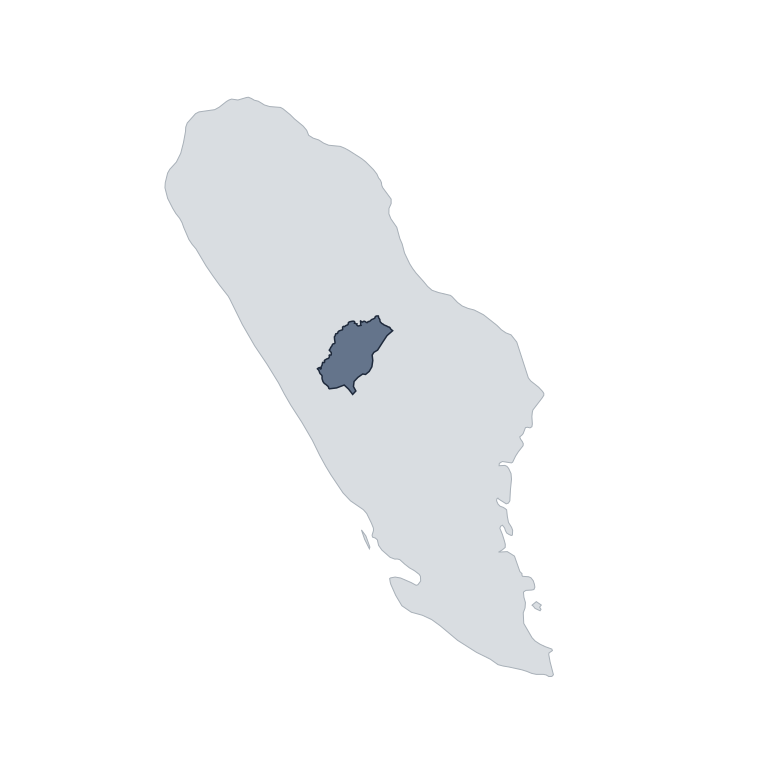 Vakinankaratra on a map of Madagascar (Robinson projection), rotated 133°
{"feature_id": "MDG-5881", "entity_name": "Vakinankaratra", "entity_type": "Autonomous Province", "adm_level": 1, "iso_a3": "MDG", "parent_name": "Madagascar", "parent_adm1": "", "projection": "robinson", "projection_center": [46.868, -19.718], "detail": "fine", "context": "in_parent", "style": "filled", "palette": "slate", "viewbox_px": 768, "rotation_deg": 133, "n_neighbors": 0, "source": "natural_earth", "source_scale": "10m", "svg_char_len": 6397}
<svg xmlns="http://www.w3.org/2000/svg" viewBox="0 0 768 768"><g transform="rotate(133 384 384)"><path d="M494.9,78.6L496.8,83.6L499.1,88.4L506.0,100.0L509.0,104.5L511.5,109.2L512.8,118.7L517.2,133.4L521.3,155.4L522.5,178.1L523.8,188.5L527.0,198.3L532.3,208.4L534.0,219.7L530.6,231.3L525.9,242.3L524.6,244.4L522.4,247.2L521.4,247.0L517.6,244.2L514.6,239.6L510.7,228.7L509.3,223.2L507.7,222.3L503.1,222.8L499.8,226.2L499.2,228.4L499.8,234.5L501.1,240.0L501.6,245.7L501.7,252.7L502.9,254.9L504.7,256.7L506.6,261.3L506.9,272.3L505.7,277.9L502.5,282.6L502.6,285.3L503.8,288.0L502.7,289.6L498.4,291.7L496.6,293.5L494.3,298.4L490.5,308.3L490.0,313.4L492.3,328.8L491.6,339.7L486.7,360.7L483.9,370.6L480.0,382.4L474.0,398.1L468.1,417.7L463.0,437.9L459.3,450.0L455.1,462.0L449.3,483.1L444.3,504.6L437.1,528.2L427.1,554.5L426.0,557.9L423.9,571.4L421.6,583.0L419.0,594.6L413.4,613.7L412.7,619.6L411.4,625.2L406.1,637.2L403.8,641.6L402.2,646.4L401.3,652.4L399.7,658.1L395.8,668.8L389.9,678.0L385.9,681.3L377.3,686.1L373.0,687.1L363.3,687.2L353.9,690.0L344.2,695.3L334.8,701.3L331.3,704.2L327.3,705.9L314.9,706.2L311.2,704.9L298.8,694.9L293.9,693.3L284.8,691.9L282.1,691.1L279.6,689.8L275.9,684.5L268.5,680.1L266.8,678.8L265.6,675.7L264.9,672.4L262.9,668.8L261.5,661.8L259.1,656.9L252.3,648.3L251.6,645.5L251.0,636.4L251.2,630.2L250.5,618.9L251.2,613.5L253.5,608.7L252.5,603.5L250.0,598.1L249.0,592.4L247.1,587.3L240.0,578.0L238.3,573.4L237.1,568.7L234.4,554.0L234.0,548.9L234.4,538.0L235.3,532.4L237.0,528.5L237.4,525.6L238.5,523.2L240.2,521.2L241.3,518.8L243.9,504.9L247.2,501.8L252.2,500.1L256.2,496.5L258.5,491.6L260.7,481.5L266.9,471.5L269.2,466.2L274.2,458.3L278.6,447.1L280.0,441.8L281.0,436.4L282.1,424.6L282.9,418.7L282.7,412.8L280.1,406.8L273.9,395.9L273.7,393.9L274.2,385.8L273.6,380.0L271.4,374.1L268.4,368.6L265.5,358.4L264.1,341.4L264.3,335.3L263.5,329.8L261.4,324.6L262.8,315.5L281.1,282.6L281.7,278.7L280.9,268.7L281.3,262.9L281.9,260.7L283.3,259.4L286.5,258.8L301.4,257.4L303.3,256.4L307.0,253.6L312.1,248.2L314.4,246.7L316.5,247.3L317.8,249.6L319.4,250.8L325.4,248.4L327.7,248.3L330.1,248.7L331.2,246.5L331.8,243.5L332.7,241.4L334.3,240.2L342.1,239.5L347.0,238.6L353.4,236.6L354.8,237.0L359.9,244.5L361.5,245.1L363.5,245.5L365.3,244.1L361.1,240.1L360.4,237.9L360.7,235.4L362.9,230.0L366.7,225.8L375.0,219.5L383.6,212.3L386.2,211.8L388.3,212.9L389.9,221.5L389.7,222.9L391.1,223.1L392.7,222.0L394.1,218.6L394.2,215.7L393.0,212.9L392.5,210.6L392.4,208.5L396.8,203.4L400.3,198.6L401.9,192.8L403.3,190.1L406.9,187.1L408.0,187.6L408.8,190.0L409.3,192.6L408.4,195.2L407.0,197.7L406.5,201.1L408.5,201.7L410.5,200.9L413.3,194.8L416.6,189.0L418.5,186.0L420.9,183.9L424.9,184.4L428.9,185.6L422.5,179.5L420.9,171.2L428.5,156.7L428.6,153.7L429.7,152.8L430.2,151.6L426.3,146.7L425.5,144.3L426.1,140.7L427.9,137.4L429.7,135.1L432.1,134.2L434.0,135.5L438.2,139.5L441.1,140.1L444.5,136.3L447.4,131.5L451.6,128.1L456.4,126.1L463.8,118.5L468.6,102.7L468.9,98.1L467.9,92.5L466.2,87.1L463.4,80.5L464.1,79.0L468.2,79.9L469.5,79.0L473.9,73.1L481.1,61.8L483.4,61.8L485.5,63.9L486.2,67.0L487.6,69.3L492.5,74.6L494.9,78.6ZM444.7,123.1L444.8,124.9L439.3,124.2L438.4,118.2L441.1,118.0L441.7,115.5L443.4,115.2L445.1,120.5L444.7,123.1ZM510.8,292.2L506.1,301.0L507.5,293.6L512.9,283.1L514.5,282.3L510.8,292.2Z" fill="#d9dde1" stroke="#a8b0b8" stroke-width="1"/><path d="M338.1,434.5L339.1,433.2L339.3,432.7L339.5,431.6L339.6,431.3L339.8,430.9L340.0,430.6L340.4,430.3L340.7,429.9L340.9,429.5L341.0,429.3L341.1,429.0L341.2,427.2L341.2,426.8L340.9,425.8L340.8,425.3L340.8,424.6L340.7,424.0L339.8,421.7L339.4,420.0L339.2,419.6L339.0,419.3L338.9,419.1L338.8,418.8L338.7,418.4L338.8,417.8L338.9,417.4L339.1,417.1L339.1,416.9L339.2,416.6L339.1,414.0L346.5,414.8L353.7,413.6L363.6,411.8L367.8,413.0L370.9,412.4L374.5,408.2L379.7,404.6L384.9,403.4L389.6,404.0L391.2,406.4L396.9,407.6L402.6,407.6L406.7,404.6L408.3,399.8L413.0,399.8L411.9,406.4L411.9,412.4L419.2,416.0L424.8,420.7L424.8,421.1L424.8,421.4L424.6,421.8L424.1,422.6L424.0,422.9L423.9,423.4L424.0,426.4L424.1,426.9L424.2,427.4L424.3,427.8L424.3,428.0L424.1,429.2L423.8,430.4L422.5,432.7L422.2,433.1L421.6,433.7L420.8,434.3L420.5,434.6L420.4,434.8L420.2,435.2L420.1,435.5L420.0,435.8L420.0,437.5L419.9,437.9L419.8,438.4L418.6,440.7L418.4,441.5L418.3,443.7L418.2,443.4L417.9,443.1L417.7,443.0L417.5,442.9L416.5,442.7L416.2,442.6L415.9,442.3L415.8,442.1L415.9,441.8L416.0,441.6L416.3,441.3L416.4,441.1L416.4,440.9L416.4,440.7L416.2,440.5L416.0,440.4L415.5,440.5L415.3,440.7L415.1,440.8L414.5,441.5L414.3,441.7L414.1,441.8L412.8,442.0L412.4,442.2L410.3,443.5L410.1,443.6L409.9,443.5L409.7,443.3L409.5,442.8L409.3,442.6L409.2,442.4L408.9,442.3L408.7,442.3L408.3,442.5L408.1,442.7L407.9,443.0L407.7,443.4L407.6,443.5L407.3,443.6L406.8,443.6L404.3,442.8L404.1,442.7L403.5,442.3L403.4,442.2L403.1,442.1L402.8,442.1L402.3,442.2L401.5,442.4L401.3,442.5L401.2,442.6L400.6,443.5L400.3,443.7L400.0,443.7L399.7,443.4L399.5,443.1L399.4,442.9L399.3,442.7L399.1,442.5L398.8,442.5L398.5,442.6L398.3,442.8L398.2,442.9L397.6,443.3L397.5,443.5L397.2,443.8L397.0,444.0L396.9,444.2L396.9,444.5L396.8,445.4L396.6,446.8L396.6,447.1L396.3,447.2L396.0,447.3L395.2,447.3L394.5,447.5L393.7,447.9L393.4,447.9L391.5,448.1L390.2,448.7L389.9,448.7L389.6,448.6L388.8,448.2L388.4,447.9L388.2,447.8L387.9,447.8L387.5,447.8L387.3,448.0L386.7,448.4L386.6,448.6L386.2,449.2L384.9,450.8L384.0,451.7L383.7,452.1L383.4,452.4L383.1,452.5L382.1,452.6L381.7,452.7L381.0,453.2L380.2,453.5L379.4,453.0L378.7,452.5L378.1,452.7L377.4,453.1L376.4,453.2L375.5,452.9L372.7,451.4L372.1,451.6L371.4,452.4L370.6,453.1L369.6,453.0L369.3,452.7L369.1,452.4L368.9,452.0L368.5,451.9L368.0,451.9L367.2,451.7L366.4,451.4L366.0,451.1L365.6,451.0L365.1,450.9L364.6,451.1L363.6,451.8L363.1,451.9L362.3,451.7L361.4,451.2L359.7,450.0L358.9,449.2L358.5,448.4L358.7,447.6L359.7,447.0L359.3,446.5L358.9,445.3L358.5,444.7L359.2,444.5L359.4,443.9L359.4,443.1L359.1,442.4L358.6,442.0L357.4,441.3L356.8,440.8L356.5,441.6L356.1,442.0L355.1,442.8L354.1,444.1L353.8,444.1L353.7,443.1L353.5,442.1L353.0,441.8L352.3,441.8L351.6,441.3L351.2,440.5L351.0,438.8L350.6,438.2L350.2,438.0L349.4,438.2L349.2,438.2L348.8,437.9L348.3,437.4L348.0,437.2L345.3,437.0L343.3,436.0L342.4,435.8L342.1,435.7L341.8,435.7L341.4,436.0L341.1,436.2L340.7,436.2L340.4,436.3L340.1,436.2L339.0,435.6L338.1,434.5Z" fill="#64748b" stroke="#1e293b" stroke-width="1.5"/></g></svg>